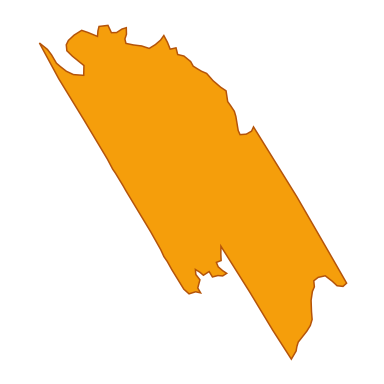 Lunardelli, Paraná, Brazil (orthographic projection), rotated 272°
{"feature_id": "56859067B32981024727958", "entity_name": "Lunardelli", "entity_type": "district", "adm_level": 2, "iso_a3": "BRA", "parent_name": "Brazil", "parent_adm1": "Paraná", "projection": "orthographic", "projection_center": [-51.764, -24.076], "detail": "fine", "context": "isolated", "style": "filled", "palette": "amber", "viewbox_px": 384, "rotation_deg": 272, "n_neighbors": 0, "source": "geoboundaries", "source_scale": "gbopen_adm2", "svg_char_len": 1476}
<svg xmlns="http://www.w3.org/2000/svg" viewBox="0 0 384 384"><g transform="rotate(272 192 192)"><path d="M335.6,34.3L300.5,54.9L260.4,81.4L221.9,106.3L212.1,111.9L208.2,114.8L195.7,123.0L191.1,125.8L172.7,137.8L151.1,151.9L133.4,162.7L126.4,166.2L121.7,169.7L113.9,174.4L94.6,187.2L90.1,192.6L92.4,199.1L91.5,204.1L96.3,201.1L104.5,203.0L109.7,198.7L114.7,198.1L112.2,202.5L109.2,206.3L113.1,211.9L107.8,215.4L109.4,220.8L109.2,225.6L111.9,229.5L114.5,225.3L118.1,220.8L122.5,218.8L124.5,223.5L130.9,223.0L138.8,222.8L94.0,253.2L56.7,277.5L28.4,297.1L36.7,301.6L41.2,302.2L45.7,303.4L56.9,311.6L62.7,314.9L68.8,316.5L76.7,315.6L87.9,314.8L96.8,315.8L101.5,317.6L107.5,316.8L111.1,321.1L112.9,328.1L107.7,335.3L103.4,340.2L102.9,346.2L106.3,349.7L128.4,336.0L190.8,297.0L259.2,251.2L254.9,249.4L251.7,244.2L251.0,238.0L255.1,236.0L269.0,233.2L274.1,231.5L279.3,227.8L283.6,224.5L294.3,222.5L297.7,217.0L304.0,209.1L311.0,202.5L313.0,197.3L315.2,193.3L317.8,188.8L322.3,186.1L327.6,179.2L328.9,172.9L335.5,171.0L334.0,165.2L340.8,162.2L347.4,158.4L342.6,155.2L338.0,150.2L334.0,144.2L336.2,136.6L336.9,128.5L338.2,120.8L342.6,119.6L347.4,121.0L353.9,120.6L352.4,116.3L348.7,111.1L348.4,105.9L355.6,102.2L354.2,93.3L349.9,92.4L344.2,92.1L347.7,82.7L349.7,76.1L344.7,68.7L339.2,63.2L334.7,61.2L328.8,62.0L323.4,67.9L314.6,79.6L304.8,79.7L305.2,69.4L308.3,62.2L312.8,56.0L316.0,52.0L324.2,46.8L329.5,42.5L335.6,34.3Z" fill="#f59e0b" stroke="#b45309" stroke-width="1.5"/></g></svg>